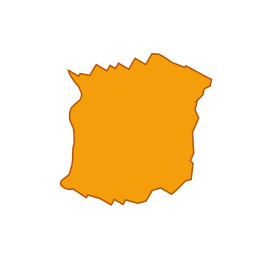 Scott, Missouri, United States of America (Mercator projection), rotated 210°
{"feature_id": "52423323B46745928167529", "entity_name": "Scott", "entity_type": "district", "adm_level": 2, "iso_a3": "USA", "parent_name": "United States of America", "parent_adm1": "Missouri", "projection": "mercator", "projection_center": [-89.519, 37.056], "detail": "fine", "context": "isolated", "style": "filled", "palette": "amber", "viewbox_px": 256, "rotation_deg": 210, "n_neighbors": 0, "source": "geoboundaries", "source_scale": "gbopen_adm2", "svg_char_len": 1169}
<svg xmlns="http://www.w3.org/2000/svg" viewBox="0 0 256 256"><g transform="rotate(210 128 128)"><path d="M79.9,211.7L89.1,211.3L103.0,211.0L108.9,210.8L109.4,208.8L122.1,206.8L132.1,207.4L138.2,207.4L144.4,204.2L144.3,191.8L156.7,191.9L156.6,179.3L168.6,179.4L168.6,173.2L174.9,173.2L174.9,167.0L187.2,167.0L187.4,154.5L196.7,151.2L196.7,148.2L208.4,148.2L206.9,146.7L204.9,145.2L202.1,143.6L197.1,141.2L191.5,139.3L186.1,135.3L185.0,133.8L184.2,132.4L184.0,131.6L183.7,128.7L183.8,127.6L185.9,122.1L187.0,117.9L187.0,115.6L186.0,111.9L184.1,108.2L182.8,106.4L181.0,104.8L176.2,101.4L174.8,100.0L173.9,98.9L170.1,93.3L166.8,87.4L165.8,83.5L159.7,72.1L157.8,67.3L157.5,65.6L155.8,59.3L155.9,57.8L159.0,49.9L159.2,48.9L159.0,47.0L158.8,46.3L158.2,45.5L157.5,45.1L154.9,44.3L151.9,44.5L148.7,45.1L144.9,47.8L129.3,46.8L129.2,49.9L116.6,53.0L104.1,53.0L104.0,59.3L99.8,59.3L94.1,59.3L94.2,64.5L81.8,67.7L75.8,73.9L75.8,86.1L69.7,92.4L57.2,92.4L55.0,98.5L51.8,110.7L47.6,115.1L54.1,130.0L57.7,130.9L58.5,139.1L69.9,156.3L71.8,172.0L79.1,177.2L81.2,184.9L82.3,184.6L79.8,194.1L81.6,200.0L77.9,205.4L79.9,211.7Z" fill="#f59e0b" stroke="#b45309" stroke-width="1.5"/></g></svg>